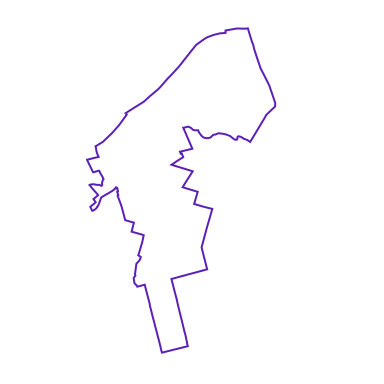 outline of Pietrosani, Teleorman, Romania, rotated 166°
{"feature_id": "2599482B72928006157347", "entity_name": "Pietrosani", "entity_type": "district", "adm_level": 2, "iso_a3": "ROU", "parent_name": "Romania", "parent_adm1": "Teleorman", "projection": "albers", "projection_center": [25.643, 43.732], "detail": "fine", "context": "isolated", "style": "outline", "palette": "violet", "viewbox_px": 384, "rotation_deg": 166, "n_neighbors": 0, "source": "geoboundaries", "source_scale": "gbopen_adm2", "svg_char_len": 5070}
<svg xmlns="http://www.w3.org/2000/svg" viewBox="0 0 384 384"><g transform="rotate(166 192 192)"><path d="M97.1,315.7L97.1,316.2L97.0,320.1L97.5,323.5L98.2,337.3L101.0,337.6L108.9,339.8L120.4,340.6L120.9,338.3L123.1,338.6L126.8,339.2L132.8,339.2L139.7,338.5L140.2,338.3L143.0,337.5L152.3,333.8L159.8,328.1L167.3,322.3L174.4,316.8L182.9,311.2L188.2,307.9L197.4,301.5L199.6,300.1L209.8,295.1L215.9,291.8L216.8,291.3L226.7,288.1L237.4,284.5L236.6,282.9L246.6,274.5L255.5,268.4L266.4,262.2L274.3,259.7L274.5,259.7L274.5,259.2L274.6,257.1L274.8,254.8L274.8,253.9L274.8,253.0L274.7,252.0L274.5,250.9L274.1,248.6L278.2,248.7L286.0,248.7L286.0,248.1L285.9,247.8L285.5,245.9L285.1,243.9L284.7,242.2L284.2,239.9L283.7,237.4L283.3,235.5L283.1,235.0L282.1,235.0L278.6,235.2L277.0,235.2L276.4,232.7L276.3,231.8L275.6,230.0L275.3,228.6L275.2,228.5L275.0,227.4L275.0,227.2L274.7,225.9L275.0,225.7L275.5,225.4L275.7,225.1L275.9,224.7L276.3,223.9L276.6,223.5L277.0,222.9L277.1,222.6L277.2,222.1L277.3,221.5L277.3,221.1L277.4,220.6L277.5,220.4L277.6,220.2L277.8,220.0L278.0,219.9L278.4,220.0L278.6,220.0L278.8,220.2L279.3,220.6L279.8,221.0L280.2,221.3L280.4,221.4L280.6,221.5L280.8,221.5L281.7,221.7L282.1,221.8L282.7,222.0L283.0,222.1L283.6,222.4L284.1,222.6L284.4,222.8L284.9,223.1L285.2,223.2L286.3,223.5L286.7,223.5L287.4,223.6L288.1,223.8L288.4,223.8L288.6,223.8L289.7,223.5L289.4,223.1L289.3,222.9L289.1,222.5L289.0,221.9L288.6,221.0L288.5,220.8L287.9,219.6L285.9,215.8L285.1,214.3L284.0,212.1L283.8,211.8L283.8,211.7L284.2,211.5L286.3,210.4L286.6,210.3L288.5,209.3L288.6,209.2L289.2,208.9L289.3,208.9L289.3,208.7L289.2,208.5L289.0,208.2L288.7,207.2L287.9,205.4L288.0,205.3L288.6,205.0L290.1,204.2L291.6,203.5L291.8,203.4L293.9,202.4L294.0,202.3L294.1,202.2L294.3,202.1L294.3,201.9L294.1,201.3L293.9,200.2L293.6,199.2L293.4,198.1L293.3,197.9L292.8,197.9L292.7,198.0L291.6,198.1L290.2,198.6L289.3,199.1L288.9,199.3L288.5,199.6L288.2,199.9L287.5,200.4L287.5,200.5L287.4,200.5L287.2,200.7L286.6,201.4L285.9,202.1L285.4,202.7L285.3,202.8L284.7,203.7L284.4,204.1L284.3,204.4L284.2,204.5L283.8,205.1L283.5,205.5L283.3,205.8L283.0,206.4L282.9,206.5L282.5,207.1L282.2,207.5L281.9,207.9L281.6,208.4L281.3,208.6L281.2,208.7L281.0,208.8L280.9,208.9L280.3,209.0L280.1,209.1L279.0,209.4L278.4,209.6L277.3,209.9L276.7,210.1L276.2,210.3L275.7,210.4L274.9,210.6L273.9,210.8L273.4,211.0L273.2,211.1L272.2,211.4L271.6,211.6L271.3,211.7L270.8,211.8L270.2,212.0L269.8,212.1L269.0,212.4L268.9,212.5L268.2,212.7L267.7,212.9L266.9,213.3L266.3,213.5L266.0,213.7L266.0,213.8L264.6,214.9L263.8,213.6L263.6,213.8L263.5,213.6L263.9,213.3L263.8,212.7L263.6,210.8L263.6,210.6L263.7,210.4L263.9,210.3L264.4,210.3L264.6,210.2L264.6,209.8L264.2,206.8L264.3,206.7L264.5,206.6L265.0,206.5L265.0,205.5L264.8,204.0L264.2,198.8L263.8,194.3L263.8,193.4L263.7,187.8L263.6,180.8L255.8,176.3L260.2,168.1L251.2,163.0L249.6,162.0L249.3,161.8L252.4,155.4L256.4,148.6L258.3,145.3L259.5,143.6L257.4,141.4L258.6,139.3L260.2,137.9L262.3,136.5L263.4,135.7L265.7,129.8L267.3,125.8L267.1,124.6L269.4,122.7L269.9,117.5L268.1,114.3L268.0,113.4L263.7,113.4L260.3,113.5L260.3,110.6L260.2,101.4L260.1,93.9L260.3,92.2L260.4,91.1L260.3,89.8L260.3,87.9L260.3,85.3L260.3,82.4L260.3,80.0L260.3,77.5L260.2,76.3L260.2,74.7L260.2,72.4L260.2,69.5L260.2,68.5L260.1,66.5L260.1,66.3L260.1,63.7L260.1,62.2L260.1,59.8L260.1,58.4L260.0,57.3L260.0,56.1L260.0,54.0L260.0,52.9L260.0,51.2L260.0,49.4L260.1,47.0L260.1,45.4L260.0,44.2L260.0,43.4L258.6,43.4L257.3,43.4L256.5,43.4L255.8,43.4L254.4,43.4L253.8,43.4L253.6,43.4L252.6,43.4L251.1,43.4L248.8,43.4L248.1,43.4L246.7,43.4L246.0,43.4L244.3,43.4L243.2,43.4L241.2,43.4L239.7,43.4L238.8,43.4L237.7,43.4L235.5,43.4L234.0,43.4L233.4,43.4L233.4,44.5L233.4,45.2L233.3,46.3L233.2,47.9L233.2,50.0L233.1,51.4L233.0,53.1L233.0,53.7L233.0,55.0L233.0,56.7L233.0,57.1L233.1,57.3L233.0,71.6L233.0,71.9L233.0,72.1L233.0,73.4L233.0,75.6L233.0,78.3L233.0,80.4L233.0,82.7L233.0,85.2L232.9,87.1L232.9,90.1L232.9,90.6L232.9,91.0L232.7,91.4L232.6,91.6L232.6,91.8L232.7,92.0L232.8,92.2L232.9,98.3L233.0,112.6L196.0,113.3L196.1,135.9L186.2,153.8L181.4,162.0L176.4,170.7L184.7,175.1L192.8,179.9L189.0,186.4L186.4,190.8L190.4,193.2L195.8,196.4L199.9,198.9L197.2,201.6L191.2,207.3L186.3,211.9L188.9,213.5L194.7,217.0L201.5,221.1L205.3,223.4L202.9,224.2L199.8,225.4L195.1,227.0L192.1,227.9L192.6,231.8L193.6,231.8L193.9,234.0L181.2,233.9L184.9,256.4L179.8,256.3L177.7,254.7L176.1,252.3L175.4,251.7L174.5,251.3L171.0,250.3L170.9,248.4L169.1,244.1L167.7,242.2L165.6,240.9L162.6,240.3L160.7,240.5L158.0,242.1L157.0,242.3L155.2,242.1L152.4,242.6L151.5,242.4L147.2,240.7L145.4,239.8L141.5,237.1L139.0,233.8L137.3,232.1L135.4,232.1L134.7,234.1L134.1,234.7L133.2,234.8L130.9,233.4L129.3,231.7L129.0,231.2L128.9,231.1L127.8,230.5L125.5,228.8L124.7,227.9L124.1,227.3L123.8,227.0L123.7,226.8L123.5,226.5L120.7,229.2L119.5,230.4L102.4,247.5L101.8,248.5L98.9,250.2L94.5,252.7L90.7,254.8L90.3,256.1L89.7,258.2L90.7,270.3L91.0,273.3L91.2,276.5L93.5,286.8L95.5,295.1L96.3,304.7L97.1,315.7Z" fill="none" stroke="#5b21b6" stroke-width="2"/></g></svg>